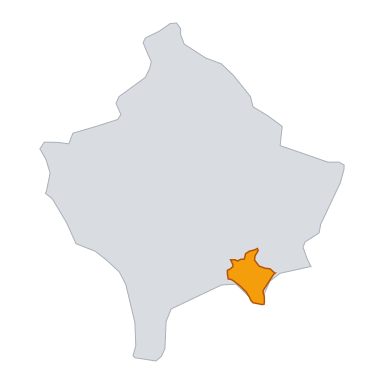 Kačanik highlighted on a map of Kosovo
{"feature_id": "KOS-5915", "entity_name": "Kačanik", "entity_type": "District", "adm_level": 1, "iso_a3": "XKX", "parent_name": "Kosovo", "parent_adm1": "", "projection": "orthographic", "projection_center": [21.226, 42.206], "detail": "fine", "context": "in_parent", "style": "filled", "palette": "amber", "viewbox_px": 384, "rotation_deg": 0, "n_neighbors": 0, "source": "natural_earth", "source_scale": "10m", "svg_char_len": 1553}
<svg xmlns="http://www.w3.org/2000/svg" viewBox="0 0 384 384"><path d="M95.7,126.5L117.7,119.5L120.9,114.4L116.0,103.4L119.0,96.6L145.3,77.4L149.7,68.5L151.3,61.6L147.9,54.3L143.1,42.7L145.5,37.9L159.1,31.3L170.1,23.6L176.6,23.0L180.6,28.6L180.6,34.4L184.2,44.1L192.3,49.4L205.7,58.0L221.4,63.9L233.6,75.6L250.4,96.5L253.0,106.8L268.1,116.0L282.2,126.4L280.1,145.6L328.1,162.2L338.9,162.1L344.1,165.0L344.0,169.4L340.3,182.8L320.7,224.3L319.1,232.9L305.0,242.0L303.0,247.2L307.1,258.6L310.9,266.6L310.6,266.5L280.1,273.3L269.8,281.2L263.8,294.9L261.8,302.0L256.4,302.2L247.5,295.2L236.1,284.1L221.4,285.0L171.2,308.9L166.1,321.5L164.9,348.9L161.4,356.3L156.0,361.0L135.2,357.8L133.0,356.0L135.8,345.5L134.9,322.6L125.8,284.4L119.3,271.9L105.7,259.4L95.1,251.2L76.0,243.7L66.6,222.7L52.3,198.8L45.4,193.3L46.5,190.9L50.1,173.1L46.2,160.0L39.9,148.8L44.4,142.1L57.7,142.4L68.8,143.8L72.9,133.2L95.7,126.5Z" fill="#d9dde1" stroke="#a8b0b8" stroke-width="1"/><path d="M275.0,273.2L273.7,274.2L263.3,290.3L263.1,292.5L263.4,293.8L264.0,295.0L264.3,297.1L264.4,302.0L264.3,302.5L264.1,304.2L262.2,304.6L254.5,303.0L253.1,302.8L251.6,301.2L250.9,300.5L249.3,297.0L246.4,292.2L240.1,286.0L233.3,280.7L230.9,279.4L229.7,279.1L228.3,279.1L227.4,274.0L227.4,270.3L230.1,269.0L232.9,266.6L232.9,264.7L230.6,259.8L235.2,259.8L237.4,261.0L241.1,259.2L244.3,259.2L245.6,253.7L249.3,251.2L254.3,250.0L257.5,248.5L258.1,250.7L255.0,256.0L254.5,260.0L259.1,266.1L265.3,268.3L270.0,268.8L274.9,273.2L275.0,273.2Z" fill="#f59e0b" stroke="#b45309" stroke-width="1.5"/></svg>